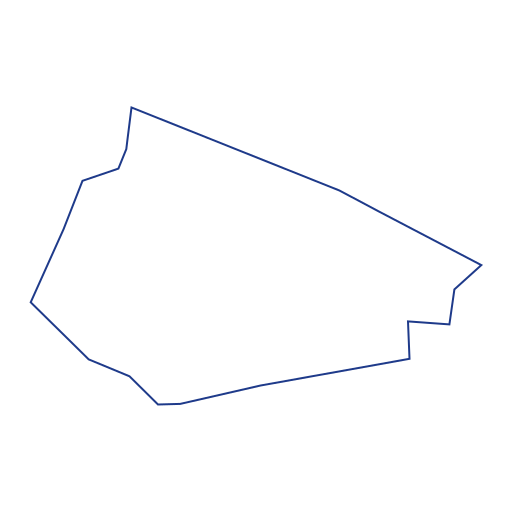 Spencer, Kentucky, United States of America (Equal Earth projection)
{"feature_id": "52423323B77843933452761", "entity_name": "Spencer", "entity_type": "district", "adm_level": 2, "iso_a3": "USA", "parent_name": "United States of America", "parent_adm1": "Kentucky", "projection": "equal_earth", "projection_center": [-85.343, 38.044], "detail": "fine", "context": "isolated", "style": "outline", "palette": "blue", "viewbox_px": 512, "rotation_deg": 0, "n_neighbors": 0, "source": "geoboundaries", "source_scale": "gbopen_adm2", "svg_char_len": 374}
<svg xmlns="http://www.w3.org/2000/svg" viewBox="0 0 512 512"><path d="M126.3,149.1L118.4,168.6L82.5,180.8L63.6,229.1L30.7,302.3L60.7,331.8L88.7,359.4L129.5,376.3L158.0,404.5L180.2,403.9L260.6,385.5L409.5,358.8L408.0,321.4L449.4,324.4L454.4,289.4L481.3,265.1L378.7,211.4L339.4,190.5L131.5,107.5L127.6,138.4L126.3,149.1Z" fill="none" stroke="#1e3a8a" stroke-width="2"/></svg>